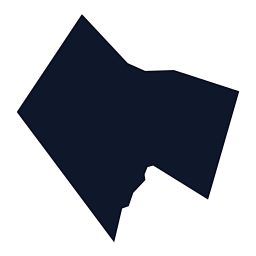 the district of Triunfo Potiguar, Rio Grande do Norte, Brazil
{"feature_id": "56859067B26261552495963", "entity_name": "Triunfo Potiguar", "entity_type": "district", "adm_level": 2, "iso_a3": "BRA", "parent_name": "Brazil", "parent_adm1": "Rio Grande do Norte", "projection": "natural_earth1", "projection_center": [-37.141, -5.923], "detail": "fine", "context": "isolated", "style": "filled", "palette": "ink", "viewbox_px": 256, "rotation_deg": 0, "n_neighbors": 0, "source": "geoboundaries", "source_scale": "gbopen_adm2", "svg_char_len": 374}
<svg xmlns="http://www.w3.org/2000/svg" viewBox="0 0 256 256"><path d="M113.8,240.6L117.0,227.1L121.5,207.9L128.1,205.6L132.6,192.4L144.6,179.7L143.8,174.4L146.9,166.5L153.3,164.7L207.6,198.4L212.2,182.6L221.4,150.6L238.3,91.8L173.8,70.8L145.0,71.7L127.3,63.8L82.0,15.4L49.3,64.6L17.7,112.0L44.0,147.1L113.8,240.6Z" fill="#0f172a" stroke="#020617" stroke-width="1.5"/></svg>